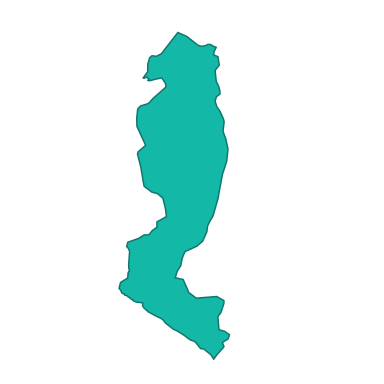 Numan, Adamawa, Nigeria, rotated 116°
{"feature_id": "59680162B26521045145337", "entity_name": "Numan", "entity_type": "district", "adm_level": 2, "iso_a3": "NGA", "parent_name": "Nigeria", "parent_adm1": "Adamawa", "projection": "robinson", "projection_center": [11.846, 9.467], "detail": "fine", "context": "isolated", "style": "filled", "palette": "teal", "viewbox_px": 384, "rotation_deg": 116, "n_neighbors": 0, "source": "geoboundaries", "source_scale": "gbopen_adm2", "svg_char_len": 2179}
<svg xmlns="http://www.w3.org/2000/svg" viewBox="0 0 384 384"><g transform="rotate(116 192 192)"><path d="M110.8,285.9L110.9,285.0L108.7,283.4L109.2,280.3L111.0,280.5L110.6,278.9L108.7,276.7L105.6,273.0L102.7,269.2L105.9,263.6L107.7,262.2L109.2,261.5L124.9,268.0L130.8,269.7L132.7,271.1L136.9,275.7L140.2,277.1L141.7,277.0L150.0,274.0L157.2,270.2L170.4,254.1L178.4,257.6L179.4,257.9L180.6,257.9L181.8,257.6L192.0,249.0L207.7,237.7L208.0,236.9L209.7,228.2L209.7,227.8L208.6,222.4L210.3,215.5L216.6,210.2L219.2,208.2L225.3,204.2L234.2,210.4L239.1,208.1L244.1,210.8L246.7,211.4L248.7,211.7L250.3,213.5L251.5,216.2L253.3,217.3L257.4,219.9L265.3,227.7L269.7,226.8L270.5,224.7L272.6,222.1L284.3,217.4L287.9,215.6L290.4,213.6L291.0,213.9L292.2,214.1L297.6,212.1L304.6,216.6L310.6,215.3L311.5,213.1L313.3,211.1L313.7,209.9L313.5,209.3L313.4,208.0L313.8,207.6L314.2,207.0L313.7,205.9L313.7,205.0L314.1,204.2L314.4,201.3L314.6,200.9L314.8,200.2L314.9,199.4L314.9,198.8L314.6,198.2L315.0,198.0L315.2,197.8L315.5,197.1L315.5,196.2L315.4,195.2L315.4,194.0L315.0,192.6L314.2,190.5L313.3,187.7L316.0,186.5L317.3,184.3L318.9,178.8L319.3,170.6L319.2,164.9L319.7,161.7L321.3,158.6L322.0,155.6L323.5,148.8L323.4,144.3L324.3,135.8L325.3,131.2L325.7,128.5L325.2,124.4L326.0,121.8L329.0,115.7L328.1,113.3L328.0,112.6L329.9,104.0L332.7,99.2L327.1,98.2L318.0,95.6L316.9,95.5L314.0,98.7L308.2,95.1L303.9,95.7L302.9,101.5L303.9,107.4L292.7,114.1L287.2,113.2L278.1,114.5L275.6,115.7L275.1,124.0L280.2,132.6L285.4,141.4L285.4,142.5L283.8,150.7L274.5,161.6L276.4,169.5L269.8,170.5L263.1,169.8L255.6,171.8L248.7,172.2L238.6,163.9L231.3,160.8L221.3,161.2L215.8,163.1L210.6,163.1L204.4,162.6L186.3,165.8L177.2,168.4L162.6,172.4L149.4,174.2L137.6,178.5L129.3,185.0L125.9,188.7L123.4,190.9L114.8,193.9L112.5,195.8L107.2,202.2L104.7,206.7L100.3,211.1L95.7,211.8L91.5,209.8L88.6,211.5L85.5,214.2L81.8,218.8L72.6,224.5L66.0,223.1L59.0,228.0L59.3,232.5L56.8,233.6L51.4,233.7L51.6,236.8L51.3,240.1L52.5,242.6L54.6,244.0L57.0,247.5L57.5,250.9L54.5,264.7L54.8,274.6L66.1,277.0L81.1,280.1L85.7,283.5L87.0,287.7L90.0,288.9L96.4,287.8L103.3,284.6L110.8,285.9Z" fill="#14b8a6" stroke="#0f766e" stroke-width="1.5"/></g></svg>